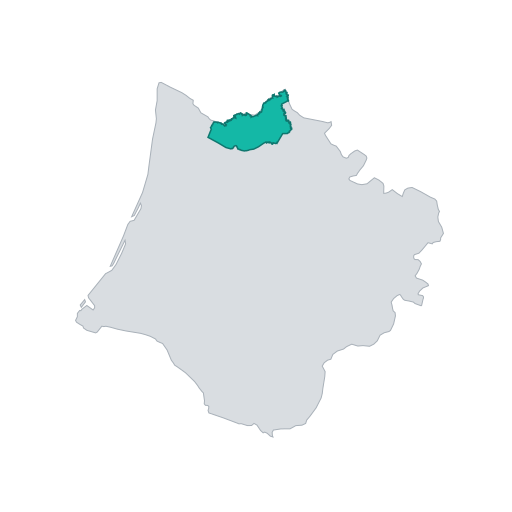 location of Cavally, Cavally, Ivory Coast, rotated 119°
{"feature_id": "98640826B42717034718743", "entity_name": "Cavally", "entity_type": "district", "adm_level": 2, "iso_a3": "CIV", "parent_name": "Ivory Coast", "parent_adm1": "Cavally", "projection": "mercator", "projection_center": [-7.871, 6.299], "detail": "fine", "context": "in_parent", "style": "filled", "palette": "teal", "viewbox_px": 512, "rotation_deg": 119, "n_neighbors": 0, "source": "geoboundaries", "source_scale": "gbopen_adm2", "svg_char_len": 9521}
<svg xmlns="http://www.w3.org/2000/svg" viewBox="0 0 512 512"><g transform="rotate(119 256 256)"><path d="M128.1,117.1L129.7,117.1L133.7,115.9L137.4,113.2L140.8,107.5L145.4,103.0L150.6,103.3L152.1,102.5L154.0,102.3L156.1,105.3L158.3,107.6L159.9,107.7L161.0,112.0L170.5,113.8L174.6,114.9L178.0,118.1L179.2,118.2L180.7,117.5L181.8,116.4L182.0,115.2L180.6,112.4L181.2,109.8L182.7,107.5L185.2,107.4L188.9,106.8L193.1,106.8L196.2,107.2L197.5,104.9L196.3,98.5L196.6,95.0L197.1,92.0L198.3,90.8L203.0,94.5L207.3,95.9L210.4,96.0L211.2,95.3L209.9,91.2L210.3,90.0L211.4,89.2L213.4,88.8L218.9,87.2L219.5,87.5L220.5,93.9L220.0,96.0L221.2,100.4L222.6,104.4L222.5,106.1L221.3,108.6L220.0,110.9L220.1,111.8L222.3,113.4L226.5,115.0L230.8,115.4L233.2,113.1L235.7,111.1L237.5,109.4L238.1,106.9L240.8,105.0L248.7,102.7L255.9,102.3L257.6,103.1L260.9,106.6L265.1,109.1L271.4,108.8L275.9,110.2L279.9,112.9L282.5,119.0L285.4,123.3L286.7,129.5L291.3,132.8L294.9,134.3L299.7,138.8L304.8,141.1L310.0,140.5L312.4,142.9L316.3,144.6L320.2,144.7L323.6,139.5L328.1,137.4L339.5,133.3L344.1,131.4L348.6,130.2L359.6,129.8L369.8,131.1L374.9,132.1L378.4,131.4L381.7,133.8L385.1,139.0L387.9,140.7L390.7,142.5L392.9,146.5L395.3,150.6L396.7,152.4L399.8,156.4L402.4,156.4L405.0,154.7L406.1,153.4L406.6,156.1L405.6,160.3L405.8,163.0L407.2,164.0L406.4,167.4L403.4,173.2L403.4,176.6L406.4,177.7L408.5,181.3L409.8,187.6L411.1,189.6L411.2,190.9L413.4,206.0L416.1,221.1L414.4,223.0L412.0,223.6L410.5,224.3L410.1,225.7L411.1,227.8L410.4,229.6L407.5,230.9L401.2,235.7L400.7,237.6L399.0,241.7L397.6,244.2L395.6,248.8L392.3,261.0L391.1,271.1L390.9,274.2L389.6,276.4L388.2,279.5L381.3,288.2L377.8,295.3L378.2,298.3L378.4,301.4L377.3,303.7L377.5,309.6L378.4,314.6L379.6,319.5L384.6,333.4L387.2,341.8L388.8,348.6L390.2,353.2L391.6,355.0L392.1,356.8L399.5,358.0L401.0,359.0L403.0,367.9L402.6,371.9L401.2,373.4L401.2,376.7L400.9,380.9L399.8,382.6L395.7,382.8L392.8,384.4L389.1,383.8L388.8,382.7L386.8,382.4L381.3,380.0L382.2,372.3L379.6,372.0L377.7,373.0L373.7,382.2L371.9,383.8L344.4,379.0L338.5,375.2L331.3,374.3L318.9,374.8L308.6,375.9L305.7,378.2L331.6,376.9L334.4,377.1L335.7,378.5L302.9,381.6L290.4,383.4L286.7,382.9L283.9,379.9L270.3,379.6L267.5,380.6L265.8,382.7L271.2,382.3L279.6,382.1L281.9,383.8L255.5,386.0L237.1,390.1L229.4,393.2L203.8,403.2L188.2,408.0L184.2,409.7L177.1,414.7L168.0,417.8L157.7,423.5L151.5,424.8L150.1,423.0L149.9,413.2L149.1,400.1L149.4,395.1L150.2,390.3L150.2,386.4L153.4,385.0L154.2,383.3L154.6,378.2L157.5,373.6L157.6,365.5L158.5,363.8L159.1,361.6L157.9,356.3L156.3,346.3L155.5,345.6L154.8,346.1L153.1,346.3L146.7,342.8L141.8,342.2L138.3,339.2L138.1,335.9L136.4,333.9L135.2,330.0L133.5,325.5L128.6,322.8L124.0,322.2L120.7,322.7L116.9,322.6L112.5,321.1L109.5,319.4L106.6,316.1L104.0,313.5L101.9,313.8L99.3,313.2L96.7,312.0L95.9,311.1L106.5,300.7L110.2,295.6L110.5,292.5L110.6,289.3L111.7,286.1L112.0,281.2L106.2,263.3L104.7,257.7L103.1,256.1L102.1,255.5L105.0,253.2L109.1,253.8L115.4,255.6L116.8,253.8L121.6,244.8L121.4,241.5L121.0,239.1L123.7,233.0L125.9,230.5L127.1,228.0L126.7,224.4L125.1,223.1L122.9,223.4L120.2,222.5L116.2,220.5L114.2,218.7L114.8,210.5L115.2,208.0L116.6,206.5L118.8,206.1L125.0,205.8L130.1,206.8L134.5,207.3L136.9,207.3L138.8,209.7L141.3,212.2L143.6,212.2L144.4,210.4L143.8,202.3L142.3,198.0L139.0,193.9L130.2,190.4L130.0,185.4L130.9,180.1L132.8,178.1L139.3,174.7L138.1,172.9L136.0,171.0L131.9,169.0L132.9,162.6L133.1,156.9L129.6,157.6L126.0,157.9L123.0,156.1L120.4,152.7L119.9,143.1L120.0,132.1L119.5,127.2L120.4,124.6L123.5,122.2L126.9,119.1L128.1,117.1ZM385.6,383.9L384.1,386.0L377.2,384.7L378.8,382.9L385.6,383.9Z" fill="#d9dde1" stroke="#a8b0b8" stroke-width="1"/><path d="M128.0,286.2L127.8,286.3L128.1,286.4L128.1,286.5L127.7,286.7L127.9,286.8L127.8,287.1L127.2,287.0L127.2,287.4L126.9,287.1L126.6,287.6L126.9,287.8L126.7,287.9L126.3,288.3L125.9,288.3L125.9,288.7L125.2,288.9L125.4,289.1L124.8,289.3L124.4,289.8L124.4,289.3L124.1,289.2L123.8,289.4L123.8,290.0L123.4,290.2L123.6,290.7L123.6,290.8L123.2,290.4L122.6,290.7L122.3,290.7L122.2,291.0L122.4,291.1L122.5,291.0L122.5,291.3L123.2,291.6L122.9,291.8L122.8,291.5L122.6,291.6L122.6,292.2L122.9,292.4L123.1,292.3L123.0,292.5L122.7,292.3L122.3,292.8L121.9,292.9L122.0,293.6L121.8,293.6L121.9,293.9L122.2,294.0L122.4,293.3L122.7,293.5L122.7,293.8L122.6,294.0L122.4,294.0L123.0,294.5L122.9,294.7L123.1,294.8L123.1,295.1L122.7,295.2L122.9,295.4L123.3,295.2L122.9,295.5L122.4,295.2L122.1,295.9L121.9,295.6L121.7,295.6L121.7,296.2L121.4,296.1L121.1,296.7L120.9,296.4L120.7,296.4L120.0,297.0L119.7,297.7L119.2,297.5L118.9,297.7L119.3,298.2L119.0,298.5L119.0,299.1L119.3,299.2L119.2,299.6L118.9,299.8L119.2,299.9L119.2,300.0L118.5,300.1L118.3,300.5L117.5,300.7L117.3,300.5L117.7,300.1L117.4,299.7L117.2,299.5L116.5,299.5L116.5,300.1L116.5,300.3L116.1,300.2L116.0,300.3L116.2,300.6L115.5,301.0L115.4,301.2L116.0,301.5L116.1,301.9L116.4,302.1L116.1,302.0L116.1,302.3L115.3,302.3L115.3,302.8L115.0,302.9L114.7,302.4L114.4,302.5L115.0,303.1L115.1,303.5L114.4,303.9L114.5,304.1L114.8,304.0L114.6,304.2L114.8,304.8L114.7,305.2L113.6,304.9L113.4,305.4L112.8,305.8L112.6,306.4L112.3,306.0L111.7,306.1L111.4,306.8L110.7,307.2L104.6,303.2L104.7,302.9L104.4,302.9L104.0,303.2L103.9,303.7L104.1,304.0L103.4,304.2L103.3,304.5L102.9,304.4L102.7,304.6L102.1,304.7L102.1,305.1L102.3,305.4L102.0,305.6L101.8,305.2L101.5,305.2L101.2,305.5L101.2,306.4L100.9,306.2L100.5,306.4L100.1,305.6L99.6,305.8L99.9,306.7L99.7,308.1L99.4,308.3L98.6,307.8L98.2,307.9L97.9,308.5L98.5,309.0L98.2,309.2L97.8,310.3L97.6,310.1L97.1,310.3L97.2,310.7L96.9,311.1L97.1,311.4L97.3,311.6L98.8,311.6L99.9,312.3L100.2,313.1L101.0,314.3L101.5,314.7L102.5,315.1L103.0,314.6L103.0,314.0L103.6,313.6L103.9,313.1L103.4,311.7L103.6,311.4L104.5,311.8L104.6,312.0L104.8,313.0L105.0,313.2L105.2,313.6L106.8,314.5L106.0,315.2L106.0,315.4L106.4,315.6L106.5,315.4L106.6,315.9L107.0,316.3L106.9,317.0L107.4,317.7L107.1,318.0L106.6,318.0L105.9,318.4L106.3,318.6L106.8,319.4L107.4,319.6L107.5,319.0L108.0,319.0L108.2,318.8L108.6,318.9L109.2,318.7L109.7,318.0L109.9,318.4L110.2,318.5L110.9,319.0L111.2,319.0L111.5,319.6L111.8,319.7L112.0,319.4L112.6,319.5L112.7,320.1L113.4,320.1L113.3,320.5L112.9,320.5L112.7,320.6L112.8,321.0L113.8,321.2L114.0,321.0L114.5,321.1L114.9,320.9L116.1,321.9L116.5,321.8L116.7,322.0L117.3,321.8L117.4,322.1L117.6,322.1L117.7,322.5L118.4,322.8L118.4,323.1L118.6,323.4L119.3,323.2L120.9,323.2L121.9,322.5L122.3,322.7L122.5,322.6L122.8,321.9L123.5,322.2L123.9,321.9L124.2,321.9L124.4,321.8L125.0,321.9L125.3,321.5L126.1,321.3L126.3,321.3L127.5,321.0L127.9,321.7L127.9,322.2L128.0,322.4L128.6,322.1L128.6,322.4L128.8,322.4L129.0,322.2L129.2,322.3L129.5,322.8L129.8,322.9L130.0,322.8L130.3,322.2L130.5,322.3L131.1,323.0L131.4,323.1L131.6,323.0L131.8,322.5L131.9,323.4L132.1,323.5L132.4,323.4L132.4,323.0L132.5,322.8L133.1,324.1L133.9,324.8L135.1,325.6L136.3,327.1L136.9,327.5L136.6,327.6L136.0,327.5L135.7,327.8L136.1,328.2L135.9,328.7L136.2,329.1L135.5,329.5L135.4,329.7L135.5,330.7L135.3,331.2L135.4,332.4L135.2,332.8L135.3,333.0L135.7,333.1L135.4,333.7L135.5,333.9L135.8,333.9L136.3,333.5L136.3,333.2L136.5,332.8L137.1,333.0L137.3,333.3L137.6,333.3L137.8,332.9L138.3,333.4L138.4,333.9L137.9,334.4L138.0,334.9L139.5,335.8L139.7,336.0L138.8,336.4L138.6,336.7L138.5,336.9L138.9,337.4L138.4,337.7L138.4,338.9L140.0,339.3L139.8,339.7L139.9,340.3L140.8,341.0L141.2,341.6L141.7,341.5L143.1,343.0L144.0,343.5L144.2,343.4L144.7,342.9L144.1,342.3L144.0,341.9L144.4,341.8L144.7,341.0L145.2,340.6L145.2,341.1L145.4,341.4L145.2,342.0L145.2,342.6L145.4,342.7L145.8,342.3L146.4,343.0L146.7,342.9L147.0,343.0L147.2,342.9L147.5,343.1L147.8,343.8L148.2,343.6L148.4,344.0L148.6,344.0L148.8,343.5L149.2,343.4L149.5,343.6L150.8,344.7L150.1,344.6L149.7,344.9L149.8,345.1L150.5,345.2L150.6,346.1L151.3,346.9L151.6,346.8L151.7,346.5L151.5,346.1L152.0,346.2L152.4,345.6L152.7,345.6L153.0,345.7L153.1,346.2L152.6,346.3L152.6,346.6L153.3,346.7L153.5,346.9L153.4,347.1L153.8,347.3L154.0,347.6L154.6,348.0L155.0,348.0L155.2,347.8L155.2,347.0L155.5,346.8L155.3,346.2L155.7,345.4L156.4,345.6L156.5,345.8L156.7,345.7L156.7,346.0L157.4,346.4L157.2,346.6L157.3,347.4L156.6,348.6L156.8,348.9L156.7,349.3L156.8,349.5L157.1,349.3L157.4,349.8L157.4,350.1L156.6,350.8L156.6,351.2L157.0,351.3L157.1,351.8L157.0,352.2L157.2,353.1L157.3,353.3L157.2,353.7L157.5,354.2L158.0,354.2L157.8,355.0L158.2,355.3L158.3,356.0L158.6,356.6L159.1,357.1L159.0,357.7L159.1,357.8L159.8,357.7L160.1,357.9L161.1,357.7L161.8,357.9L162.2,357.6L162.8,357.9L163.3,358.1L164.1,357.6L164.9,357.9L165.8,358.0L166.7,356.6L175.5,355.5L175.4,343.8L175.7,334.9L174.5,329.9L173.9,329.6L173.6,329.2L173.7,328.9L173.2,328.6L172.9,328.6L172.1,328.2L171.5,328.5L170.6,328.3L170.3,328.2L169.2,327.1L169.1,326.7L169.4,326.3L169.4,325.8L170.1,325.3L170.3,324.7L171.2,323.9L170.9,322.9L171.1,322.1L170.8,321.8L170.5,321.1L170.8,320.4L169.7,317.0L168.9,316.1L168.5,315.3L167.0,313.7L166.2,313.2L163.6,309.8L159.3,306.8L153.7,304.0L151.4,302.5L151.6,301.8L151.9,301.6L151.4,301.3L150.8,301.1L150.7,300.8L151.0,300.7L150.7,300.1L150.6,299.6L150.7,299.3L150.5,299.2L149.9,299.5L149.9,298.8L149.6,298.8L149.6,298.1L149.8,297.4L150.1,297.2L150.4,296.2L150.3,295.9L149.9,295.8L149.6,296.1L149.4,296.2L149.2,295.5L148.9,295.4L148.6,295.6L148.1,293.3L147.8,293.1L147.6,293.1L147.2,292.7L146.7,292.7L147.0,292.3L136.0,292.0L133.7,288.0L133.1,287.9L132.3,287.1L131.2,286.8L131.0,287.3L130.5,287.3L130.1,287.0L128.9,286.7L128.0,286.2Z" fill="#14b8a6" stroke="#0f766e" stroke-width="1.5"/></g></svg>